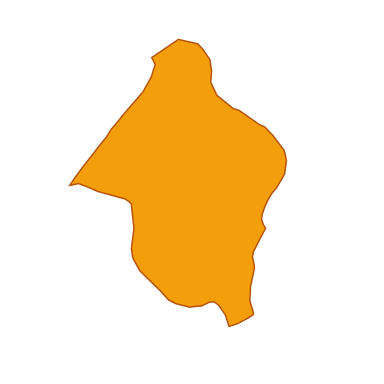 the district of Olintepeque, Quezaltenango, Guatemala, rotated 238°
{"feature_id": "79465075B90968408613772", "entity_name": "Olintepeque", "entity_type": "district", "adm_level": 2, "iso_a3": "GTM", "parent_name": "Guatemala", "parent_adm1": "Quezaltenango", "projection": "robinson", "projection_center": [-91.543, 14.895], "detail": "fine", "context": "isolated", "style": "filled", "palette": "amber", "viewbox_px": 384, "rotation_deg": 238, "n_neighbors": 0, "source": "geoboundaries", "source_scale": "gbopen_adm2", "svg_char_len": 1027}
<svg xmlns="http://www.w3.org/2000/svg" viewBox="0 0 384 384"><g transform="rotate(238 192 192)"><path d="M122.2,235.1L126.8,235.3L132.0,236.5L136.1,240.0L140.1,244.9L145.2,252.4L148.6,259.1L150.8,266.0L158.1,280.0L168.7,288.8L178.2,292.2L196.8,290.6L208.6,288.2L213.8,284.7L236.1,275.3L241.1,271.1L261.0,264.3L275.3,266.1L284.1,272.6L294.8,277.3L307.5,276.8L314.6,275.4L328.6,261.3L327.3,229.1L319.6,228.3L311.2,218.5L302.9,203.5L293.5,173.0L291.5,167.9L287.9,156.5L284.2,149.0L281.3,140.7L276.2,126.7L271.4,113.4L266.1,100.1L262.4,91.8L259.3,100.2L252.2,105.7L242.5,112.3L221.6,131.5L217.7,133.3L214.1,134.2L191.7,123.4L176.1,110.6L167.1,106.8L152.7,106.0L124.4,112.9L112.9,114.9L105.9,119.1L95.7,128.8L93.8,133.0L90.3,139.7L89.3,148.6L87.0,152.7L82.0,154.6L70.2,155.2L58.4,152.2L56.2,160.9L55.4,173.1L55.5,179.0L57.3,180.1L60.1,181.0L64.9,182.2L69.2,183.5L81.0,191.7L88.6,199.1L93.7,204.1L96.9,206.0L100.6,207.3L105.2,209.1L108.7,212.3L116.4,225.1L122.2,235.1Z" fill="#f59e0b" stroke="#b45309" stroke-width="1.5"/></g></svg>